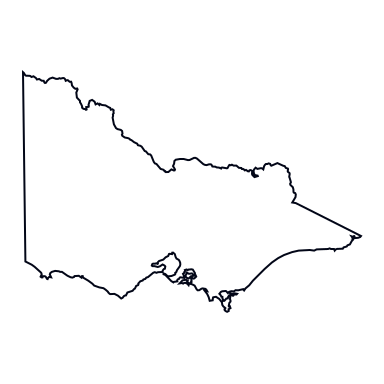 Victoria, Natural Earth projection
{"feature_id": "AUS-2656", "entity_name": "Victoria", "entity_type": "State", "adm_level": 1, "iso_a3": "AUS", "parent_name": "Australia", "parent_adm1": "", "projection": "natural_earth1", "projection_center": [144.983, -36.566], "detail": "fine", "context": "isolated", "style": "outline", "palette": "ink", "viewbox_px": 384, "rotation_deg": 0, "n_neighbors": 0, "source": "natural_earth", "source_scale": "10m", "svg_char_len": 5993}
<svg xmlns="http://www.w3.org/2000/svg" viewBox="0 0 384 384"><path d="M361.0,236.0L360.2,237.0L358.1,237.8L353.7,238.2L354.2,237.8L354.0,237.2L354.5,236.5L354.3,236.1L353.9,236.1L353.5,236.9L351.5,236.3L353.1,238.6L353.2,239.5L351.7,241.1L349.9,244.4L347.5,245.3L346.7,246.5L343.6,247.4L342.8,248.7L337.2,248.9L335.7,249.4L334.7,250.6L334.0,249.0L331.0,249.0L329.6,248.4L328.0,249.0L316.6,249.4L314.2,250.6L309.8,250.0L298.7,250.6L292.1,252.1L284.1,255.0L278.2,258.1L271.9,262.5L264.6,269.0L252.9,280.7L249.2,285.3L245.5,288.4L244.1,290.5L243.5,289.9L244.0,289.3L243.4,289.1L238.2,290.3L235.5,290.2L233.9,291.4L231.3,291.2L229.6,291.7L228.7,292.1L227.9,293.1L226.2,291.2L225.6,291.0L222.1,291.3L220.9,291.9L219.4,293.8L220.6,295.1L221.4,296.7L222.4,296.8L222.5,298.8L223.1,299.5L222.9,300.4L223.2,300.9L224.4,300.8L226.4,298.5L227.8,298.4L228.2,296.7L229.2,295.4L229.8,295.4L230.3,296.3L230.0,299.1L230.5,300.5L230.5,301.6L229.4,302.8L228.7,306.0L229.0,306.5L229.8,306.2L230.5,308.1L228.6,309.2L228.7,311.0L227.1,311.8L225.5,311.0L224.6,310.0L224.5,309.2L225.2,308.7L225.4,308.1L223.3,306.4L222.3,304.9L221.9,302.3L219.3,299.0L216.0,296.8L213.2,297.3L212.9,298.0L212.7,300.3L209.7,300.8L208.7,297.2L207.2,294.0L203.6,289.3L206.1,291.0L207.2,291.2L206.4,289.8L205.5,288.9L202.7,288.4L201.5,288.7L199.2,290.2L197.7,290.3L196.7,289.4L194.6,285.6L192.1,284.3L189.3,283.6L189.3,283.4L191.1,282.7L191.6,282.0L191.1,281.4L191.6,280.1L191.1,278.6L192.3,277.9L193.4,278.6L194.3,278.4L196.2,276.6L195.6,275.1L194.7,274.5L195.0,273.2L192.8,269.6L191.5,269.3L188.3,269.6L187.7,270.2L186.5,269.5L185.0,270.0L185.3,270.6L184.4,271.8L184.1,273.0L183.0,273.8L183.8,275.5L184.0,277.9L180.6,277.3L179.7,277.6L178.9,279.0L177.7,279.4L177.4,279.9L176.9,281.1L177.1,281.4L173.8,281.9L173.4,282.4L171.3,281.1L165.4,275.0L163.5,274.2L163.5,273.4L165.4,274.1L167.4,276.0L168.2,276.3L171.5,276.0L174.9,274.6L175.4,273.8L175.2,272.9L176.4,271.9L176.9,270.3L179.9,266.1L180.3,264.6L180.2,262.8L179.6,261.2L178.7,259.8L176.5,258.6L175.6,256.9L174.8,254.1L173.1,252.6L172.2,252.7L172.0,254.1L169.6,253.8L169.0,254.0L168.2,256.0L165.6,257.3L163.3,259.6L159.1,261.0L158.0,262.1L157.7,262.7L157.9,263.6L157.5,263.9L156.2,263.3L155.2,263.7L153.0,263.7L152.2,264.2L151.8,265.6L152.5,266.1L154.4,266.1L157.8,267.0L159.9,266.3L162.6,264.5L164.5,265.5L165.3,266.4L164.9,268.7L163.9,269.0L163.2,269.8L162.6,270.9L162.6,272.0L158.0,272.2L156.5,272.8L154.8,272.2L153.3,272.7L148.0,277.1L146.3,277.6L145.3,278.9L143.4,279.5L142.7,280.5L140.3,281.3L138.3,283.5L138.4,284.6L138.1,285.1L136.2,285.9L134.9,288.6L133.9,289.2L132.6,290.8L127.4,292.5L126.0,295.4L125.3,295.4L123.9,296.1L122.6,297.8L121.2,298.5L118.0,295.7L114.5,293.9L110.2,294.1L109.6,293.8L108.2,292.4L107.9,291.7L105.6,289.7L103.5,288.2L99.3,287.4L94.2,285.6L92.4,283.7L88.3,280.7L83.1,277.6L82.7,276.1L81.8,276.2L81.4,277.6L78.8,275.8L74.5,276.1L74.0,277.0L72.3,277.6L70.5,277.2L67.4,275.7L62.0,271.9L60.2,271.9L58.9,271.3L55.1,270.9L51.8,271.9L50.3,273.1L49.8,274.4L51.1,277.3L49.2,276.9L48.1,277.9L47.6,279.1L47.0,278.9L45.7,276.7L44.8,276.2L43.0,276.2L42.5,277.4L41.5,277.4L40.6,276.7L41.7,274.4L41.3,273.0L40.7,272.3L34.6,266.8L31.7,264.7L25.4,261.5L23.0,72.2L23.8,72.9L25.2,75.2L26.0,75.7L29.4,75.8L30.3,76.0L31.5,77.0L33.5,76.3L36.0,78.1L36.9,79.5L39.2,79.0L41.7,80.7L43.7,80.8L44.4,82.5L45.0,83.0L45.9,82.8L47.2,80.8L49.5,78.7L52.6,77.6L56.1,78.9L57.9,78.9L59.4,78.2L60.6,78.6L63.1,78.0L64.1,78.2L65.1,79.2L65.7,80.8L67.0,80.2L67.8,80.2L69.7,81.8L71.1,81.7L71.6,83.0L72.0,85.5L73.7,87.6L75.3,88.8L77.2,88.5L77.6,89.4L76.3,92.6L76.9,97.6L80.0,100.9L80.0,102.3L81.0,103.8L82.1,106.3L82.1,107.7L83.4,108.8L85.4,109.2L86.0,109.8L86.6,109.5L86.2,107.1L88.6,106.8L88.8,106.0L88.5,104.9L89.7,100.9L92.1,99.9L94.6,101.7L95.6,104.4L97.6,103.4L99.4,105.0L99.9,103.9L102.0,105.0L105.5,105.4L108.9,107.4L110.2,107.9L110.8,109.7L112.5,109.3L113.7,110.3L113.4,111.7L113.7,113.2L112.9,114.3L113.1,115.9L112.6,117.6L113.9,124.3L116.0,128.1L117.5,129.1L120.8,129.9L122.1,131.0L122.5,133.6L121.9,134.7L122.3,135.8L124.8,137.5L127.9,138.1L129.5,138.8L130.2,139.7L131.4,140.1L134.1,142.2L137.2,143.7L137.9,145.2L140.4,145.8L141.7,146.7L144.7,151.0L145.9,151.4L148.3,154.2L150.1,154.4L151.2,155.5L153.8,161.9L154.9,163.4L156.5,164.0L160.6,168.9L163.6,169.8L164.4,171.0L165.2,171.1L165.3,171.8L165.8,172.1L168.4,172.0L171.4,169.4L173.9,170.5L174.6,170.4L175.0,169.6L174.6,168.7L173.0,166.1L174.1,163.7L174.4,161.0L175.8,159.7L180.0,159.0L183.7,159.0L188.0,160.1L189.6,160.0L194.0,157.9L195.6,157.9L197.0,158.6L203.4,164.2L205.0,164.9L206.6,165.1L209.1,164.3L210.8,164.3L211.5,164.8L212.4,166.5L215.4,166.7L216.6,167.4L219.0,167.6L221.1,168.5L221.4,167.7L222.2,167.5L226.9,168.3L227.5,168.1L229.2,165.1L229.6,164.9L230.8,165.3L231.9,164.7L233.5,165.6L236.4,165.6L238.9,167.8L241.4,168.0L241.9,169.0L243.5,169.1L244.8,170.4L246.0,169.9L247.9,171.3L248.9,171.4L249.5,170.3L250.7,170.1L252.2,170.9L252.0,173.9L252.4,175.0L254.5,177.1L257.8,176.1L257.6,175.6L255.0,175.1L254.0,173.7L253.5,170.7L254.2,169.3L255.6,167.7L257.4,168.9L260.7,168.2L262.0,168.3L263.3,169.4L264.1,166.2L264.9,164.9L265.9,164.0L267.3,164.0L268.7,163.4L270.1,163.9L270.8,165.4L271.4,165.7L277.4,163.1L283.3,165.8L284.7,166.1L285.8,167.9L287.9,168.6L288.1,169.1L287.7,171.2L288.0,171.9L289.4,172.9L289.7,173.9L289.2,176.9L289.5,177.4L290.8,181.8L290.9,182.3L290.1,183.9L290.4,184.9L292.8,187.2L293.4,189.3L293.5,192.0L293.9,192.7L295.2,193.1L295.8,194.5L295.5,197.1L292.3,202.5L295.8,203.1L361.0,236.0ZM191.9,273.4L192.7,274.0L193.9,275.7L190.9,276.3L188.6,278.6L186.0,277.4L185.5,275.4L186.6,273.8L186.3,273.1L186.6,272.5L189.0,273.8L191.9,273.4ZM187.2,282.1L188.2,282.4L188.9,284.2L188.6,285.2L187.4,283.8L185.3,282.8L184.0,283.0L183.1,283.6L182.0,283.0L179.7,283.4L182.5,280.4L185.9,279.7L187.3,280.5L186.8,280.8L187.3,281.7L187.2,282.1ZM235.0,293.4L237.1,293.8L236.5,294.5L234.2,294.4L233.3,295.7L232.6,295.7L231.0,294.8L230.1,293.4L232.4,293.8L235.0,293.4Z" fill="none" stroke="#020617" stroke-width="2"/></svg>